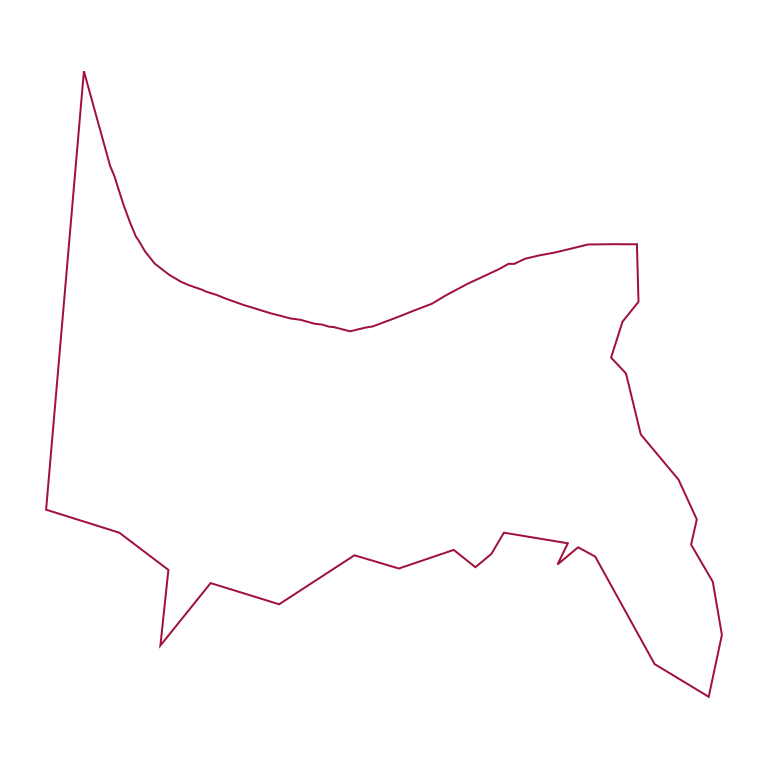 the district of Aweil North, Northern Bahr el Ghazal, South Sudan
{"feature_id": "79223893B62952270667029", "entity_name": "Aweil North", "entity_type": "district", "adm_level": 2, "iso_a3": "SSD", "parent_name": "South Sudan", "parent_adm1": "Northern Bahr el Ghazal", "projection": "natural_earth1", "projection_center": [26.779, 9.406], "detail": "fine", "context": "isolated", "style": "outline", "palette": "rose", "viewbox_px": 768, "rotation_deg": 0, "n_neighbors": 0, "source": "geoboundaries", "source_scale": "gbopen_adm2", "svg_char_len": 1024}
<svg xmlns="http://www.w3.org/2000/svg" viewBox="0 0 768 768"><path d="M708.7,696.8L721.9,634.9L712.8,581.8L691.1,544.6L696.8,519.4L678.5,479.6L640.8,434.5L626.0,373.5L611.1,357.6L622.5,321.7L638.5,301.8L636.9,244.2L636.4,244.3L613.3,244.2L588.0,244.5L555.4,252.4L539.2,255.4L524.9,258.8L514.2,263.9L508.4,263.9L498.5,269.4L467.2,284.0L445.6,295.5L432.0,303.7L413.7,310.7L396.3,317.6L372.8,326.4L365.0,327.7L350.1,331.3L333.4,327.0L329.0,326.7L322.2,324.6L314.3,323.7L308.1,321.9L300.5,319.8L290.6,318.5L279.4,315.5L271.0,313.4L243.4,304.9L226.2,298.8L216.5,294.9L206.6,291.8L201.9,289.7L188.9,285.2L181.1,281.8L169.8,275.2L163.3,270.3L154.7,263.6L145.1,251.5L138.5,240.3L137.2,238.4L135.9,236.6L129.9,222.1L123.4,204.5L114.3,175.9L110.1,165.9L83.9,71.2L46.1,509.7L119.3,532.7L168.4,569.9L160.4,645.5L210.6,583.1L279.1,604.3L354.4,555.3L398.9,568.5L453.7,549.9L475.4,567.2L491.4,553.9L503.9,532.7L567.8,543.3L557.5,564.5L578.1,547.3L595.2,556.6L654.6,664.1L708.7,696.8Z" fill="none" stroke="#9f1239" stroke-width="2"/></svg>